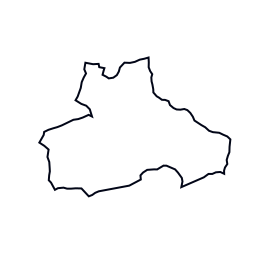 São Patrício, Goiás, Brazil, rotated 70°
{"feature_id": "56859067B14313770509558", "entity_name": "São Patrício", "entity_type": "district", "adm_level": 2, "iso_a3": "BRA", "parent_name": "Brazil", "parent_adm1": "Goiás", "projection": "robinson", "projection_center": [-49.834, -15.366], "detail": "fine", "context": "isolated", "style": "outline", "palette": "ink", "viewbox_px": 256, "rotation_deg": 70, "n_neighbors": 0, "source": "geoboundaries", "source_scale": "gbopen_adm2", "svg_char_len": 1538}
<svg xmlns="http://www.w3.org/2000/svg" viewBox="0 0 256 256"><g transform="rotate(70 128 128)"><path d="M203.9,53.3L200.9,52.3L198.3,50.4L195.8,47.0L191.8,46.2L188.4,43.7L185.4,41.0L180.4,39.0L173.7,35.7L169.9,37.6L166.8,40.9L163.7,43.9L160.9,49.7L158.3,52.8L153.7,55.2L150.4,58.0L147.2,60.4L143.7,63.0L139.6,63.2L135.1,64.3L131.5,66.1L129.4,68.6L128.7,72.5L127.2,76.0L124.8,78.4L120.8,80.7L116.7,80.7L114.3,83.5L113.1,86.5L110.2,88.4L108.0,90.2L103.3,92.0L100.2,91.0L95.5,90.2L92.3,89.9L88.5,88.8L85.7,86.8L82.2,87.7L78.0,87.8L73.4,86.0L68.8,84.6L68.5,89.0L67.8,93.6L68.2,98.9L67.5,103.9L65.4,109.0L68.4,114.9L71.8,117.3L74.5,120.4L75.7,124.6L74.8,129.1L72.4,130.8L69.3,133.7L66.1,131.5L63.7,129.7L61.0,134.2L57.7,133.7L56.1,139.0L52.1,145.7L57.9,149.0L62.4,148.8L65.4,152.3L69.1,155.8L74.2,158.7L81.2,164.5L84.0,167.8L89.4,163.6L92.8,159.6L97.4,157.5L100.8,157.7L104.9,157.9L102.2,160.5L102.7,166.9L102.6,171.7L101.6,176.5L102.9,189.3L103.0,194.0L102.7,198.3L102.5,203.4L103.0,208.1L105.7,209.6L111.4,216.3L116.2,212.7L121.1,210.0L127.7,213.6L133.0,213.6L139.2,215.4L142.1,216.3L145.4,218.2L150.0,220.3L153.0,219.0L161.1,217.8L160.6,214.4L162.0,209.0L164.1,206.1L165.6,202.0L166.8,197.7L168.9,192.4L178.8,188.2L178.7,184.5L177.7,181.0L177.5,177.1L182.6,146.5L180.8,133.6L176.8,132.5L175.0,129.1L173.9,124.3L175.8,117.6L176.9,114.8L175.5,107.5L176.6,104.7L183.0,97.9L187.0,96.3L193.3,94.5L196.9,95.1L201.8,98.1L200.3,73.6L198.7,68.1L200.0,64.5L199.7,60.6L200.9,56.3L203.9,53.3Z" fill="none" stroke="#020617" stroke-width="2"/></g></svg>